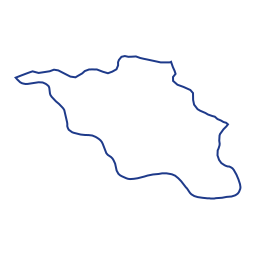 Rangrim, Chagang-do, North Korea, rotated 89°
{"feature_id": "82179303B57192008066519", "entity_name": "Rangrim", "entity_type": "district", "adm_level": 2, "iso_a3": "PRK", "parent_name": "North Korea", "parent_adm1": "Chagang-do", "projection": "albers", "projection_center": [127.189, 40.817], "detail": "fine", "context": "isolated", "style": "outline", "palette": "blue", "viewbox_px": 256, "rotation_deg": 89, "n_neighbors": 0, "source": "geoboundaries", "source_scale": "gbopen_adm2", "svg_char_len": 2115}
<svg xmlns="http://www.w3.org/2000/svg" viewBox="0 0 256 256"><g transform="rotate(89 128 128)"><path d="M62.6,83.8L63.1,84.7L63.1,86.4L63.0,94.1L61.4,100.9L59.8,107.8L59.1,111.0L58.2,114.6L56.6,118.8L56.8,123.9L56.8,126.5L56.0,129.9L56.7,133.3L59.8,135.9L62.1,136.8L65.2,136.8L69.1,138.5L71.4,142.8L71.6,143.4L72.9,147.1L71.3,152.2L68.9,158.2L68.9,159.9L68.8,162.5L68.8,165.9L70.3,170.2L72.6,172.8L74.9,177.0L76.4,179.6L75.6,184.7L72.4,190.7L69.2,196.7L68.4,201.0L69.9,205.3L70.6,210.4L71.4,216.4L69.7,222.4L70.5,225.0L72.0,229.3L73.5,233.5L75.7,239.4L77.4,238.0L80.3,235.1L81.3,233.4L81.8,231.7L82.2,229.7L82.2,227.7L80.7,216.6L81.0,212.5L82.4,209.5L83.6,207.9L85.0,206.5L86.6,206.0L92.3,205.4L93.8,204.9L95.6,203.7L100.1,199.6L102.7,196.6L105.7,193.8L107.3,192.4L109.0,191.4L121.2,188.8L123.0,188.6L125.1,188.7L126.8,188.2L128.7,187.3L131.2,184.0L131.8,182.5L133.7,175.5L134.2,171.5L134.4,167.3L134.9,163.8L136.3,160.6L137.4,158.8L138.7,157.0L140.0,155.6L141.6,154.4L143.5,153.5L152.8,150.1L154.5,148.7L156.8,145.4L158.3,144.0L160.0,143.0L163.4,141.5L170.4,140.1L173.6,138.4L175.1,136.8L176.1,135.1L178.2,130.6L178.8,128.9L179.1,126.8L179.0,124.7L178.9,123.0L178.4,119.2L176.8,112.4L175.9,109.3L174.9,103.8L174.5,98.2L173.9,94.5L174.0,90.3L174.7,86.6L175.1,84.8L176.5,81.7L179.1,78.6L182.1,75.8L188.4,71.1L189.4,70.1L193.9,67.2L195.4,65.8L197.2,62.9L198.3,59.5L199.1,54.6L199.7,49.7L199.7,48.1L200.0,46.3L200.0,42.9L199.7,41.4L199.4,35.2L198.6,30.5L198.3,25.7L197.3,22.3L196.5,20.8L195.4,19.3L193.8,18.1L190.7,16.8L189.1,16.6L186.1,17.0L181.2,18.5L176.5,20.4L171.7,23.0L170.1,24.3L169.1,25.8L168.3,27.4L168.2,29.0L167.6,30.7L166.9,32.1L164.7,35.3L161.5,37.5L156.9,39.0L151.9,38.7L150.3,37.9L147.0,36.8L145.3,36.6L142.3,37.0L137.1,36.6L135.5,36.0L134.5,35.2L131.0,32.6L128.1,29.6L126.5,28.3L126.1,28.0L124.5,29.8L123.7,32.4L122.1,35.0L120.6,38.4L118.2,41.0L117.5,43.5L115.9,47.8L114.3,50.4L112.0,55.5L110.4,58.1L105.8,61.5L101.1,62.4L97.3,62.4L94.2,62.4L91.1,65.0L89.5,68.4L87.9,71.8L85.6,77.8L81.7,82.1L77.8,82.1L74.7,79.5L71.7,80.4L67.8,82.1L62.6,83.8Z" fill="none" stroke="#1e3a8a" stroke-width="2"/></g></svg>